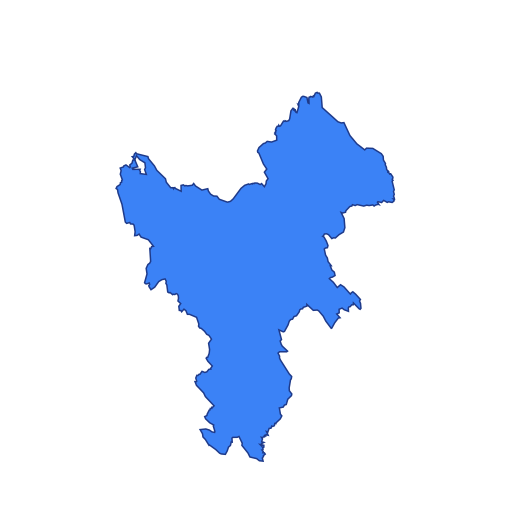 Ås nor, Akershus, Norway, rotated 48°
{"feature_id": "86288312B89206777827564", "entity_name": "Ås nor", "entity_type": "district", "adm_level": 2, "iso_a3": "NOR", "parent_name": "Norway", "parent_adm1": "Akershus", "projection": "natural_earth1", "projection_center": [10.806, 59.679], "detail": "fine", "context": "isolated", "style": "filled", "palette": "blue", "viewbox_px": 512, "rotation_deg": 48, "n_neighbors": 0, "source": "geoboundaries", "source_scale": "gbopen_adm2", "svg_char_len": 6147}
<svg xmlns="http://www.w3.org/2000/svg" viewBox="0 0 512 512"><g transform="rotate(48 256 256)"><path d="M365.3,417.6L365.4,417.0L373.0,415.4L378.1,415.0L379.8,414.3L382.9,411.5L381.6,407.8L379.6,404.3L379.7,401.8L377.6,398.8L378.4,398.2L375.3,395.8L375.2,394.7L378.2,391.2L378.7,389.4L385.9,391.5L387.3,393.2L397.1,393.8L401.3,395.0L407.0,391.1L410.4,390.5L413.2,388.0L410.4,386.5L409.9,384.5L409.3,384.1L409.4,381.7L407.8,381.5L406.8,382.6L406.2,381.5L404.2,381.4L404.6,380.8L404.3,380.0L402.8,379.3L403.3,378.1L401.9,376.8L400.8,377.6L401.3,379.0L398.9,379.1L400.4,378.0L399.1,377.5L399.8,374.9L397.8,376.1L396.3,373.6L394.4,373.3L395.4,372.5L395.4,370.9L396.7,370.4L395.2,370.2L395.1,369.5L396.2,369.0L395.5,368.1L397.3,366.9L393.5,365.7L394.8,365.1L392.9,361.6L394.0,360.1L392.9,358.1L393.8,357.7L394.4,355.9L393.0,354.1L393.9,353.4L393.4,352.7L393.3,347.0L392.1,343.8L389.9,343.7L384.5,340.3L386.5,336.9L385.8,334.6L386.6,332.9L383.7,328.2L383.5,323.1L382.5,321.7L378.5,321.4L376.2,319.6L371.1,313.2L370.9,312.0L369.4,310.1L365.9,310.2L349.9,307.5L347.6,306.8L346.2,305.5L342.9,304.6L342.9,302.6L347.7,297.3L347.8,296.2L340.5,296.8L338.4,296.3L335.3,294.9L335.2,293.0L326.2,288.4L330.6,286.5L331.1,285.3L328.7,278.4L326.7,274.9L326.4,272.8L327.4,271.1L326.4,268.3L327.5,265.9L326.4,261.2L325.3,259.5L325.4,258.2L326.4,256.7L325.8,255.2L327.3,251.7L326.0,250.6L334.7,249.8L337.1,246.7L338.6,246.1L345.7,246.3L351.1,247.7L360.1,248.5L360.3,247.9L358.3,242.2L357.2,236.4L358.1,234.9L353.1,234.8L353.9,232.2L351.2,229.9L352.3,226.9L355.0,226.4L359.0,224.3L356.3,222.1L356.0,220.9L356.7,219.8L356.3,217.7L357.3,216.4L356.0,215.0L364.1,214.7L365.3,214.3L365.1,213.0L361.1,210.0L358.7,209.2L358.2,207.5L351.0,207.5L347.4,208.0L347.1,209.8L347.5,211.3L347.0,211.4L337.9,211.3L333.9,212.4L333.8,216.7L327.3,216.1L321.9,216.7L321.8,215.2L322.8,213.4L323.4,210.3L320.4,208.6L317.2,209.0L313.0,207.4L313.6,206.6L308.4,206.2L305.2,204.3L301.9,203.7L296.5,200.6L296.5,199.2L297.6,197.4L296.4,195.5L292.0,193.8L287.5,192.8L286.0,193.2L286.2,192.4L285.4,190.5L286.7,188.7L288.7,187.8L293.8,188.0L294.4,186.1L295.7,185.0L295.7,180.0L296.7,175.0L294.4,171.0L287.2,165.5L280.6,163.6L282.0,162.9L283.4,160.2L282.5,158.9L282.0,153.2L283.0,151.3L282.4,150.0L284.9,148.5L285.4,146.5L291.0,142.5L292.3,139.7L294.2,138.2L296.2,135.0L297.9,134.8L298.1,133.2L299.4,130.5L300.0,130.2L297.3,129.8L297.2,129.0L300.3,126.9L300.1,123.9L304.0,122.6L304.4,121.2L307.3,119.0L307.5,116.9L307.0,116.5L306.9,115.5L305.7,115.7L306.2,115.2L305.9,114.7L303.5,113.7L302.7,112.0L300.1,110.7L299.3,109.0L291.5,104.8L291.5,103.6L290.1,103.4L289.6,102.0L288.7,101.4L285.0,100.9L284.5,101.4L285.3,101.9L282.8,101.5L282.0,102.0L281.5,101.6L281.7,100.9L279.2,101.1L277.3,99.7L274.7,98.9L273.9,97.9L270.0,97.1L267.0,94.8L263.8,94.4L254.2,97.2L249.8,101.7L249.9,104.2L240.2,106.0L229.3,105.6L215.7,101.4L214.2,103.6L211.1,105.3L190.0,107.5L181.5,101.0L177.4,99.9L176.1,101.2L175.3,101.1L174.7,102.9L176.2,106.4L175.4,106.4L175.7,107.6L174.0,108.6L174.1,109.6L173.5,110.0L174.0,111.1L178.1,114.5L177.0,114.9L172.3,112.1L169.3,113.7L168.6,114.5L168.4,116.1L170.5,121.5L172.3,123.1L171.4,123.4L173.5,124.2L176.9,129.7L176.0,130.2L173.9,129.1L173.8,129.9L173.2,129.5L172.8,130.2L171.8,129.2L170.9,129.7L171.5,132.9L176.6,139.2L177.3,141.1L176.4,143.2L175.0,143.8L175.3,144.4L174.1,145.2L175.7,150.7L175.2,151.8L174.1,151.6L174.6,152.4L173.8,153.4L174.3,155.3L175.1,156.9L176.4,157.2L176.3,158.0L177.4,158.9L177.2,159.4L177.7,159.4L177.8,160.4L180.4,160.2L183.8,163.1L181.7,168.2L178.3,171.0L178.3,173.4L177.4,175.3L177.4,181.2L178.9,184.6L180.1,185.3L181.5,185.0L192.5,188.9L198.6,189.8L199.3,193.7L206.6,195.3L207.2,198.2L209.0,200.2L210.1,203.4L205.9,203.4L205.7,205.1L202.8,206.2L200.9,208.1L200.9,209.0L200.0,209.5L200.0,210.5L199.5,210.6L198.3,213.2L197.5,213.3L195.9,217.1L195.7,221.9L198.3,234.7L198.3,238.4L196.9,241.2L189.3,245.3L185.4,245.0L183.0,247.4L179.6,248.4L175.8,247.9L173.7,246.8L170.8,252.1L163.5,254.1L160.4,253.8L160.8,256.0L158.1,260.0L156.7,260.9L156.3,262.0L154.5,262.4L153.4,264.5L157.8,268.3L151.6,270.8L150.9,270.5L150.2,271.5L150.8,272.3L149.5,272.2L148.2,273.7L141.2,273.3L138.0,271.6L126.0,272.4L121.1,271.2L111.8,270.8L109.8,269.8L100.0,276.4L98.8,276.2L98.9,278.2L100.2,280.2L99.4,281.5L103.4,281.7L102.3,283.4L104.0,286.0L103.9,288.9L105.7,289.8L105.8,290.7L101.3,291.7L100.6,294.0L101.1,294.9L99.8,298.1L102.3,299.1L104.4,302.1L110.0,304.4L110.0,305.3L111.3,306.6L110.8,307.7L112.0,309.1L111.4,312.8L112.2,314.8L113.9,314.4L116.8,316.3L127.9,321.0L143.3,330.4L145.2,330.3L146.6,327.4L148.2,327.8L150.0,326.0L151.6,326.0L157.1,329.6L159.7,332.6L161.1,330.6L161.5,328.2L165.0,328.8L171.9,325.1L180.2,325.7L179.2,327.3L180.1,329.5L179.4,329.9L189.5,337.9L190.2,339.8L190.0,342.0L191.7,345.9L196.4,349.0L201.3,356.7L202.6,356.7L203.6,355.9L204.6,353.4L206.0,354.1L206.3,355.5L207.2,356.0L210.8,356.6L211.4,352.1L209.9,345.4L210.6,341.8L212.2,338.9L214.7,339.6L216.1,341.3L217.8,341.6L223.7,345.7L225.3,345.2L225.6,344.3L229.0,343.8L229.1,343.0L230.3,342.1L230.5,340.5L231.4,340.0L233.3,340.2L235.5,341.8L237.2,344.1L241.0,343.8L241.7,347.0L245.1,349.4L246.3,348.3L247.7,348.6L247.3,345.1L249.8,344.7L253.4,346.0L254.9,344.4L261.8,341.2L268.3,344.0L269.7,345.7L271.8,346.0L273.2,345.1L277.6,344.6L281.2,345.0L283.5,344.1L288.0,344.7L289.1,349.6L294.5,353.1L297.0,355.9L299.0,359.7L298.3,360.6L298.7,361.5L302.1,362.2L308.5,362.1L309.2,365.0L309.8,365.2L308.7,366.9L309.2,370.0L308.3,372.0L305.6,373.3L306.4,376.8L305.8,377.5L305.9,379.2L305.1,379.8L306.4,382.4L309.4,383.9L309.4,384.7L308.6,385.4L312.3,386.8L322.7,386.5L326.6,387.7L339.3,387.4L339.4,389.4L338.8,390.1L339.7,390.8L338.7,392.0L339.6,393.1L339.2,393.8L340.8,398.0L341.7,399.3L341.0,401.6L343.3,402.4L349.0,402.0L353.3,400.5L353.8,401.5L358.8,403.9L359.4,404.8L357.3,406.4L354.2,407.1L351.0,409.0L347.6,413.7L352.3,414.7L355.0,416.5L358.5,416.4L365.3,417.6ZM103.4,281.7L101.6,277.7L106.6,277.9L112.4,276.2L116.5,279.1L117.2,280.9L122.0,282.9L117.3,286.9L116.0,285.5L114.4,285.1L114.0,284.1L109.2,289.6L107.9,289.2L110.6,284.2L103.4,281.7Z" fill="#3b82f6" stroke="#1e3a8a" stroke-width="1.5"/></g></svg>